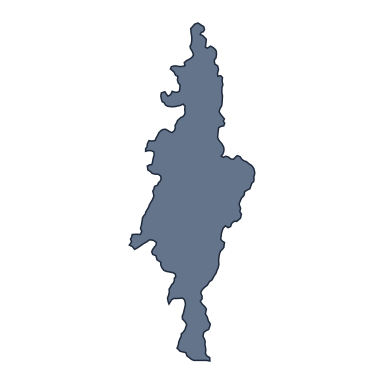 Vargem Alta, Espírito Santo, Brazil
{"feature_id": "56859067B87559017000874", "entity_name": "Vargem Alta", "entity_type": "district", "adm_level": 2, "iso_a3": "BRA", "parent_name": "Brazil", "parent_adm1": "Espírito Santo", "projection": "natural_earth1", "projection_center": [-41.009, -20.648], "detail": "fine", "context": "isolated", "style": "filled", "palette": "slate", "viewbox_px": 384, "rotation_deg": 0, "n_neighbors": 0, "source": "geoboundaries", "source_scale": "gbopen_adm2", "svg_char_len": 4313}
<svg xmlns="http://www.w3.org/2000/svg" viewBox="0 0 384 384"><path d="M204.5,29.5L203.7,26.6L200.9,24.9L198.0,23.0L194.6,24.2L192.5,26.7L190.7,28.6L191.1,33.0L191.7,36.4L191.8,39.1L191.6,42.0L191.1,44.4L190.0,46.2L190.5,48.5L192.5,51.8L193.5,55.0L192.0,57.3L189.7,59.0L186.7,60.5L184.3,62.5L184.9,65.7L182.9,66.3L180.4,66.6L178.1,66.3L175.9,65.9L173.6,66.0L171.4,66.7L170.4,69.0L172.0,70.3L174.1,72.1L175.5,75.2L177.9,76.5L177.4,80.0L178.3,83.1L180.0,84.8L179.9,87.7L179.4,91.2L177.1,92.3L174.7,92.2L172.2,91.3L170.7,94.5L168.0,96.2L166.4,94.1L164.8,91.7L161.3,93.0L160.8,96.1L161.4,99.2L162.2,101.7L164.2,102.7L165.5,105.0L167.5,106.2L169.9,106.6L172.6,106.8L174.9,106.6L177.1,106.1L180.1,105.5L183.1,104.1L185.1,106.3L184.7,109.5L185.1,112.7L184.3,115.1L182.8,116.7L181.0,117.4L179.2,119.0L177.5,120.5L176.6,122.9L175.1,125.2L175.3,127.8L174.5,130.6L172.0,132.6L169.9,131.8L167.7,130.4L165.5,129.2L162.9,129.5L161.1,130.5L159.0,132.6L157.3,136.0L156.0,138.2L155.2,140.5L151.7,141.1L149.0,140.6L147.4,143.7L147.0,147.0L145.6,148.7L145.6,151.3L148.2,150.6L151.3,150.7L153.9,151.9L154.2,154.8L153.1,158.6L152.5,162.2L151.7,164.7L149.7,164.8L147.3,166.0L147.9,170.0L150.2,171.4L152.2,173.4L155.3,174.2L158.0,174.1L160.7,176.0L161.1,179.3L160.1,181.2L158.5,182.6L157.5,185.2L154.6,186.4L153.9,188.9L152.8,191.2L153.4,193.6L153.9,196.1L152.3,199.9L150.8,202.4L149.4,204.8L148.6,207.2L147.2,209.6L145.8,211.9L145.3,214.1L143.7,215.9L142.6,217.6L142.1,220.8L141.4,225.2L140.5,228.5L141.8,231.6L140.3,234.4L137.4,234.3L135.5,234.3L132.2,234.5L131.6,237.2L130.5,239.1L131.6,241.9L129.3,245.1L132.3,246.5L134.6,249.4L137.5,247.8L140.5,245.8L143.4,243.7L146.7,241.9L149.4,239.9L151.7,240.0L153.6,240.4L156.4,242.5L155.9,245.3L154.2,247.3L152.6,249.6L151.7,251.8L152.7,254.4L155.9,255.7L157.0,259.8L159.2,261.2L160.8,262.3L160.8,265.1L162.0,267.9L163.9,270.4L166.8,271.5L168.8,271.8L170.7,272.2L172.9,272.6L175.3,274.0L175.8,276.9L174.3,278.2L174.4,280.5L173.2,283.2L171.5,284.9L170.6,286.9L169.1,289.1L169.3,292.1L168.6,295.1L167.5,298.0L168.1,301.5L169.0,304.0L170.4,301.7L171.7,299.6L173.8,298.5L175.9,298.5L178.5,298.4L180.8,298.2L182.9,298.2L184.4,299.8L185.2,302.2L185.4,304.7L184.9,307.1L184.3,309.5L183.4,313.3L182.3,316.0L182.4,318.9L185.2,321.9L186.7,324.6L185.8,327.1L185.0,329.7L183.1,332.3L181.3,333.8L181.2,336.4L180.1,338.5L178.8,341.9L178.2,345.4L177.0,348.2L178.7,349.7L180.0,351.2L182.3,351.8L185.8,352.6L186.9,355.8L189.4,357.7L191.7,359.5L194.0,360.4L201.2,360.4L203.9,360.4L206.6,360.4L209.9,361.0L209.7,357.6L206.8,355.9L205.4,353.4L205.8,350.1L205.5,347.4L204.9,344.4L205.2,341.7L204.5,339.2L203.0,336.4L203.7,332.5L206.1,330.6L208.6,329.5L209.7,326.5L210.3,324.0L208.4,321.0L207.2,317.0L205.4,313.8L205.9,311.4L206.4,309.1L204.8,306.6L202.2,304.2L200.3,301.2L202.1,298.9L202.1,296.1L200.7,292.9L201.8,290.3L203.4,288.4L205.1,286.9L207.3,285.2L209.4,281.7L211.9,280.0L213.3,277.5L214.6,275.2L215.9,273.4L216.8,270.8L218.0,268.1L218.9,264.6L218.6,260.3L219.0,256.6L219.6,253.5L220.6,251.1L222.3,249.4L223.9,247.3L224.1,244.8L224.5,242.5L222.4,241.2L220.7,239.2L221.2,235.5L221.5,233.2L222.1,231.1L223.1,228.3L225.4,225.8L228.1,227.7L230.6,226.5L231.6,223.6L233.0,222.1L234.8,221.2L236.8,221.4L238.3,220.1L240.5,218.2L241.4,214.2L239.8,211.5L240.6,208.3L239.7,206.0L239.1,203.8L240.2,201.1L241.5,198.0L243.0,196.6L244.3,194.8L244.5,192.0L246.8,190.2L249.9,188.8L250.9,185.6L252.0,183.0L253.7,181.5L254.0,179.0L253.8,176.6L254.6,174.5L254.7,172.2L253.8,168.5L252.5,166.6L251.1,165.1L249.1,163.9L246.4,161.6L244.1,160.9L241.9,159.4L240.1,156.7L237.2,155.6L235.3,157.3L233.5,159.3L230.7,158.9L228.4,157.0L225.7,156.2L223.5,157.4L221.2,156.0L222.6,154.4L223.5,152.4L224.0,150.0L223.7,147.1L221.9,143.8L220.1,141.8L218.7,140.0L217.6,137.3L218.1,131.8L218.7,127.6L221.0,126.4L223.7,125.9L224.7,123.2L223.3,121.2L224.4,118.9L222.8,117.0L220.6,114.3L219.1,111.7L220.0,108.6L221.6,106.0L222.1,102.6L222.3,99.4L222.5,95.6L221.8,92.6L221.9,90.0L221.9,87.6L222.9,84.8L222.1,81.2L222.5,77.6L220.7,75.7L217.8,76.2L217.5,73.5L218.5,69.5L217.7,66.0L214.7,63.9L214.3,60.1L216.0,57.8L216.5,54.5L216.3,51.2L215.1,49.3L213.3,47.7L210.6,46.1L207.3,48.2L205.4,47.1L205.8,44.2L206.1,41.5L206.3,39.2L204.7,37.6L202.7,35.5L200.2,34.5L201.2,32.4L203.4,31.7L204.5,29.5Z" fill="#64748b" stroke="#1e293b" stroke-width="1.5"/></svg>